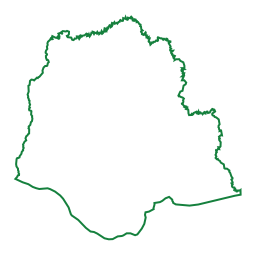 outline of Bugesera, Eastern, Rwanda
{"feature_id": "39286606B3134655885223", "entity_name": "Bugesera", "entity_type": "district", "adm_level": 2, "iso_a3": "RWA", "parent_name": "Rwanda", "parent_adm1": "Eastern", "projection": "mercator", "projection_center": [30.152, -2.233], "detail": "fine", "context": "isolated", "style": "outline", "palette": "green", "viewbox_px": 256, "rotation_deg": 0, "n_neighbors": 0, "source": "geoboundaries", "source_scale": "gbopen_adm2", "svg_char_len": 5682}
<svg xmlns="http://www.w3.org/2000/svg" viewBox="0 0 256 256"><path d="M48.0,41.7L47.4,43.3L47.7,44.9L46.9,46.7L47.3,48.9L46.1,50.5L45.6,52.1L45.7,52.9L46.8,53.9L47.0,54.7L45.9,55.9L46.0,57.8L46.8,59.9L47.6,59.8L48.2,60.3L48.8,62.1L47.8,63.2L47.3,65.6L46.8,66.0L45.2,66.0L43.6,67.5L42.5,70.5L42.8,72.8L39.3,76.9L38.5,77.1L37.8,78.1L36.9,77.7L34.1,80.4L33.4,79.9L31.4,79.6L30.0,80.9L29.6,84.9L28.4,85.8L28.7,91.6L27.6,94.6L28.2,96.3L28.0,97.7L28.6,98.4L28.9,100.2L29.5,100.6L29.4,103.0L30.1,104.6L29.4,106.2L29.4,107.2L29.9,107.7L29.0,109.0L29.3,110.3L30.8,110.7L31.4,111.2L31.1,114.6L32.2,116.1L32.0,116.9L32.4,118.5L32.2,120.0L31.9,121.3L30.9,122.2L30.3,124.9L28.7,126.5L28.9,127.2L28.5,128.4L29.2,129.1L29.1,133.5L27.9,134.4L27.4,135.5L26.3,136.2L25.5,138.3L26.2,140.4L24.6,141.6L23.0,144.7L23.4,145.9L23.1,147.0L23.7,147.9L22.9,149.8L23.1,150.4L21.8,151.8L21.4,153.8L19.6,156.3L19.5,157.4L18.0,158.1L17.3,158.0L16.6,159.0L16.1,164.1L16.5,166.5L18.0,168.7L18.0,170.1L18.6,171.4L18.4,172.5L19.1,173.9L19.0,175.1L17.8,175.4L17.3,176.7L15.4,178.9L22.7,182.3L28.4,184.2L32.7,186.9L36.2,188.2L39.3,189.0L47.6,188.3L50.1,189.1L55.1,191.6L60.2,195.5L63.1,198.7L68.6,207.4L70.8,214.0L71.7,215.4L78.2,219.9L85.8,227.8L90.5,231.5L94.0,232.0L97.3,233.6L104.5,238.3L108.8,239.3L112.7,239.1L117.7,236.4L121.8,236.0L123.4,235.4L126.7,233.3L130.4,233.3L135.1,235.2L137.4,234.4L141.8,228.6L144.3,223.9L145.7,217.5L145.0,214.9L145.5,212.3L149.0,211.6L153.7,209.1L153.5,208.2L154.5,204.6L154.4,203.0L160.0,202.1L162.4,200.8L165.5,198.3L169.1,196.9L172.2,199.6L172.3,200.9L172.9,201.6L173.2,202.9L175.8,204.4L189.5,205.6L198.3,204.5L235.0,195.7L240.6,194.7L240.5,190.2L239.9,190.8L239.1,190.3L237.9,190.9L237.2,190.5L236.8,191.5L236.4,191.4L235.9,190.5L235.2,190.5L235.2,189.2L234.4,189.5L234.7,188.3L234.4,187.5L233.2,187.5L232.3,186.9L231.9,185.9L232.6,184.5L232.0,184.3L231.5,183.3L232.5,183.0L232.7,182.4L231.4,179.5L232.5,178.7L232.5,177.9L231.5,176.7L230.1,172.7L229.2,171.7L229.4,170.5L227.0,168.7L225.1,168.7L224.4,168.3L223.8,164.4L220.8,162.6L219.9,160.9L218.3,160.0L217.8,158.9L216.8,159.2L215.6,157.9L216.4,156.4L215.5,154.9L216.1,153.8L216.1,152.7L216.8,152.1L216.0,150.8L216.1,150.2L216.9,150.5L217.9,148.9L219.1,149.1L218.3,147.2L218.7,147.2L219.2,148.0L220.5,146.4L220.7,142.2L219.2,140.0L219.1,138.6L219.8,138.5L219.0,136.7L220.9,135.2L222.0,135.4L221.1,130.6L219.7,131.0L220.0,130.1L219.2,129.6L218.9,127.8L218.5,127.4L218.6,125.7L219.6,124.3L218.7,119.4L216.2,117.4L214.6,116.9L214.1,115.9L212.7,115.4L212.2,114.7L212.3,113.5L215.1,111.5L214.6,110.1L214.3,109.7L213.3,110.2L212.8,109.0L212.3,108.9L210.6,110.8L209.8,112.5L208.0,113.0L207.5,111.6L207.1,111.5L206.0,112.2L205.6,113.6L204.7,113.3L205.3,112.4L204.4,112.0L202.8,114.0L202.6,113.4L201.1,113.5L200.5,112.4L199.6,112.2L199.3,112.2L199.0,113.7L198.7,113.8L198.4,111.9L197.7,113.5L197.2,113.6L196.2,112.6L197.1,112.1L196.7,111.6L193.6,113.0L193.2,114.3L192.6,114.4L191.8,113.8L191.3,114.5L191.5,115.0L189.1,115.1L188.5,113.4L188.3,110.0L188.0,109.5L186.7,109.2L187.3,108.8L187.3,107.6L186.1,108.1L185.0,107.4L186.3,107.0L186.3,106.5L183.9,105.9L182.9,104.5L182.0,104.0L181.9,103.5L183.1,102.8L183.4,101.1L183.0,100.3L183.9,98.6L182.7,97.6L180.1,96.7L179.1,95.4L178.6,96.0L178.4,95.7L180.3,91.6L182.5,90.8L183.6,85.6L185.6,84.3L186.2,82.6L184.3,80.3L182.0,80.3L183.8,76.2L182.1,76.3L184.0,74.5L184.2,73.3L182.0,73.8L182.9,73.0L182.9,70.8L182.4,70.4L181.6,70.9L181.4,70.3L181.7,69.4L184.1,69.2L182.6,68.1L184.4,68.1L184.4,65.7L183.3,62.3L180.4,60.9L179.2,59.2L176.0,59.3L174.8,60.0L175.0,59.4L173.7,58.3L173.1,56.5L174.4,57.0L174.9,56.0L172.0,54.7L172.2,53.8L171.3,53.3L171.1,52.4L171.6,51.7L172.5,51.4L173.0,50.7L170.8,50.9L170.2,50.5L170.2,49.5L171.1,48.6L170.1,47.6L170.6,46.4L168.8,43.4L169.2,42.6L170.4,42.0L170.4,41.4L169.7,41.2L169.0,42.2L168.6,42.2L167.3,39.0L166.8,38.7L166.4,38.7L166.1,40.1L164.0,38.7L163.5,38.8L163.5,39.6L163.2,39.8L161.7,38.3L160.6,38.4L158.0,37.3L157.7,37.8L158.1,40.2L157.9,40.7L157.3,41.0L156.2,40.4L154.8,41.9L153.4,41.8L152.9,42.8L151.9,42.5L151.3,43.8L150.4,44.7L149.7,42.0L148.8,41.8L148.6,41.3L149.7,38.3L148.2,38.3L148.6,36.9L146.5,37.5L146.3,36.5L146.9,35.4L145.4,35.0L145.8,32.8L145.6,32.4L143.4,34.9L142.0,34.2L142.2,33.4L141.0,31.7L141.2,31.2L142.6,30.5L141.3,29.3L141.0,26.7L140.2,26.2L140.7,25.0L140.4,24.5L139.4,24.2L138.1,22.1L136.7,22.2L136.9,21.1L136.1,20.9L135.7,19.6L134.6,19.3L134.6,20.7L134.2,20.9L132.7,20.5L132.4,18.0L131.2,16.7L130.7,17.2L130.8,18.4L127.9,17.7L127.9,19.5L127.4,19.8L126.4,19.4L125.6,17.4L125.2,18.8L123.2,18.1L123.0,20.7L122.0,21.0L120.4,20.0L119.9,20.5L119.7,21.7L118.6,22.0L117.4,23.6L116.8,22.8L114.9,23.7L114.4,22.2L113.3,23.5L112.0,22.9L111.8,23.4L112.5,24.9L112.1,25.2L110.6,24.7L112.0,26.0L111.9,26.4L110.6,27.3L110.0,25.3L109.6,25.2L108.4,27.1L107.5,27.5L108.1,28.4L106.9,30.1L106.0,28.8L104.6,28.3L104.2,30.2L105.7,31.5L102.5,32.0L102.3,32.5L102.8,33.2L102.0,33.9L101.6,33.5L101.9,31.7L101.6,31.1L101.0,32.6L99.2,34.1L99.0,32.9L97.7,33.5L97.8,32.7L97.3,31.9L96.5,33.3L94.8,32.6L94.0,34.0L93.6,33.3L93.8,32.1L92.7,31.7L92.7,32.8L91.4,32.7L90.9,34.6L89.7,36.4L89.0,34.5L88.6,35.7L87.1,36.1L87.5,34.0L86.4,33.6L84.7,35.3L82.6,35.7L81.8,36.6L80.9,35.4L80.4,35.3L79.6,36.1L80.0,37.8L79.2,39.0L78.5,37.7L78.6,36.5L76.8,36.4L76.9,37.8L76.5,38.4L75.7,38.7L74.7,38.5L74.0,39.7L73.3,40.1L72.1,39.7L71.3,37.6L67.7,37.2L67.1,36.4L66.9,35.9L68.0,35.5L68.9,34.3L69.0,31.7L67.0,30.9L65.9,31.5L62.8,31.1L61.4,32.1L62.2,33.4L62.0,33.7L60.3,32.9L58.4,33.6L59.1,35.0L57.4,37.0L57.8,37.5L59.4,37.0L59.3,38.3L58.8,38.8L56.9,37.9L55.5,37.7L52.3,36.1L51.9,37.4L52.6,39.1L51.9,39.3L50.8,38.4L49.9,40.0L48.0,41.7Z" fill="none" stroke="#15803d" stroke-width="2"/></svg>